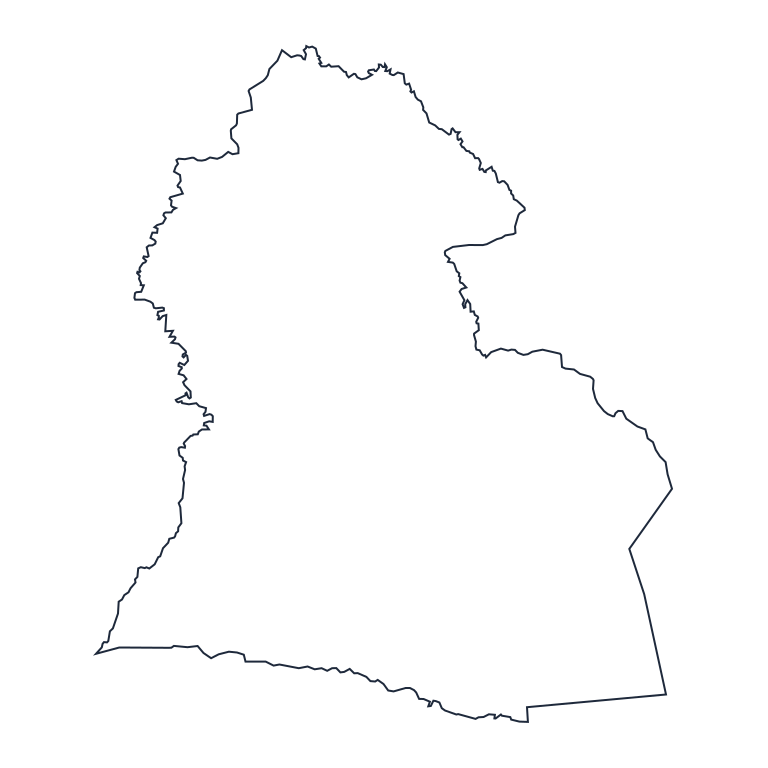 the district of Mwingi West, Eastern, Kenya
{"feature_id": "3690345B22198940380299", "entity_name": "Mwingi West", "entity_type": "district", "adm_level": 2, "iso_a3": "KEN", "parent_name": "Kenya", "parent_adm1": "Eastern", "projection": "albers", "projection_center": [37.946, -0.954], "detail": "fine", "context": "isolated", "style": "outline", "palette": "slate", "viewbox_px": 768, "rotation_deg": 0, "n_neighbors": 0, "source": "geoboundaries", "source_scale": "gbopen_adm2", "svg_char_len": 6053}
<svg xmlns="http://www.w3.org/2000/svg" viewBox="0 0 768 768"><path d="M176.4,160.1L178.0,163.8L175.7,166.8L174.0,171.6L180.0,175.0L180.7,181.0L177.5,185.6L178.1,187.1L180.0,187.5L182.8,193.6L170.3,197.2L169.5,198.7L171.6,200.6L171.0,205.3L172.0,206.7L176.0,208.1L173.0,209.8L171.4,212.4L165.4,212.5L164.0,213.4L163.4,215.3L165.8,218.2L162.8,223.3L157.1,225.1L154.5,227.2L157.6,228.6L157.1,232.8L152.4,232.6L150.5,237.9L154.5,240.1L155.7,241.6L155.3,243.6L152.3,245.4L148.9,245.5L146.7,247.3L148.6,256.1L147.4,257.0L143.8,256.4L143.2,258.0L146.2,260.8L145.4,262.2L142.8,263.3L139.8,267.6L139.4,270.0L140.4,271.3L139.5,272.4L137.5,271.8L137.1,273.1L139.8,276.0L139.0,278.8L141.0,283.1L140.7,285.1L143.8,285.3L141.2,291.8L136.4,292.2L135.0,293.2L134.4,297.9L135.2,299.7L144.7,299.6L150.4,301.7L152.8,303.5L153.9,307.7L155.8,308.3L162.3,307.6L163.9,308.2L163.9,310.5L158.1,311.8L157.4,315.1L158.8,315.8L158.8,317.6L158.1,319.3L159.5,319.5L162.7,316.1L166.3,315.0L165.3,331.3L172.9,330.8L169.5,336.8L174.5,336.6L175.5,337.4L175.0,339.2L171.4,342.7L178.5,343.8L185.8,351.2L186.0,352.6L182.8,354.5L182.5,356.4L183.6,357.4L186.0,354.9L187.2,355.8L188.0,360.8L184.3,365.0L179.7,362.8L178.6,364.2L178.5,366.0L181.7,367.2L181.8,368.5L179.6,370.8L178.6,373.9L183.6,375.3L186.5,379.0L183.1,382.2L184.5,385.2L190.5,391.4L190.8,397.5L189.5,398.4L188.2,397.3L186.5,392.7L185.5,393.4L185.5,395.3L175.8,399.9L176.7,401.5L178.2,402.3L181.6,401.2L182.1,403.1L188.9,404.3L196.3,403.2L199.2,406.2L206.0,408.1L205.5,411.8L203.6,414.2L204.1,415.9L209.6,414.1L211.4,414.7L212.8,416.2L212.7,421.9L209.2,421.3L204.2,423.0L203.8,425.4L206.5,425.7L208.9,429.4L201.9,429.5L198.8,431.6L197.8,434.3L193.3,434.5L192.6,435.6L190.6,435.9L184.2,442.5L183.7,443.6L185.1,446.1L184.9,447.7L181.2,447.1L179.3,447.6L178.4,449.1L179.5,455.5L182.7,457.8L183.0,460.5L186.1,462.1L184.6,466.3L185.1,470.0L183.0,479.0L184.0,482.8L182.5,498.3L178.7,503.1L180.3,507.3L181.4,523.2L178.3,527.4L178.1,531.3L175.9,533.2L175.1,536.3L174.1,537.6L169.3,538.8L168.2,542.7L163.0,548.2L160.2,556.3L158.2,557.2L154.7,564.3L149.3,568.5L146.4,567.3L144.8,568.1L140.8,567.2L138.2,568.4L137.4,576.9L135.0,579.4L135.5,582.5L130.5,588.3L128.5,592.3L124.3,595.1L122.0,599.5L118.7,601.7L118.0,613.5L112.9,628.4L109.9,631.3L108.3,641.0L107.0,642.4L104.0,642.1L102.6,643.8L101.8,647.4L96.0,653.8L119.3,647.5L168.9,647.8L171.4,647.7L173.9,645.9L187.5,647.2L197.6,646.0L203.5,653.0L211.1,658.2L218.7,654.3L228.9,651.7L237.0,652.5L243.8,654.7L245.5,661.6L265.7,661.6L273.6,665.6L279.4,664.5L298.8,668.2L307.6,666.5L314.7,669.3L321.6,668.2L327.2,670.8L332.1,668.2L336.3,668.1L340.4,672.4L344.2,671.9L349.7,668.9L354.2,673.3L357.7,673.1L366.4,676.9L370.4,681.1L375.2,681.5L377.7,679.9L383.5,684.0L388.2,690.5L393.6,691.4L405.6,688.0L409.9,688.0L414.0,690.1L416.2,692.5L419.1,698.9L423.6,699.0L429.9,701.7L428.3,706.3L430.8,706.0L433.4,700.7L435.8,701.1L439.4,702.5L441.8,708.2L445.0,710.5L456.3,714.5L458.2,714.1L475.6,718.9L478.5,717.3L483.6,717.0L488.9,714.3L494.9,714.8L494.4,718.4L495.6,718.5L500.9,714.5L501.9,715.7L510.3,717.1L511.2,719.6L519.4,721.6L527.9,721.9L527.0,707.2L666.0,694.5L644.2,594.2L629.3,548.9L672.0,488.8L667.6,474.3L665.6,462.1L659.9,456.4L655.7,449.8L653.0,442.2L647.7,438.4L645.4,429.4L637.4,426.5L626.3,418.7L622.5,411.1L618.2,410.9L615.5,413.2L614.2,416.2L612.8,416.3L607.8,414.1L604.0,411.1L597.6,403.2L595.2,398.0L593.0,388.9L593.6,380.3L592.9,378.9L590.2,376.7L580.0,373.9L574.0,369.5L565.5,368.6L562.0,367.0L561.1,355.1L560.0,353.7L542.6,349.7L532.3,351.7L527.8,354.2L523.4,354.9L517.8,352.8L515.0,349.9L511.4,349.6L508.1,350.6L500.9,348.6L491.2,352.1L486.1,357.4L485.1,354.9L483.4,355.6L482.1,354.5L479.7,350.3L476.4,349.6L475.5,346.2L475.9,341.6L474.0,335.0L474.1,333.6L478.8,330.2L478.4,323.6L476.6,323.3L476.2,321.8L478.2,317.8L477.7,316.5L474.8,314.9L473.8,311.4L470.6,311.7L470.2,304.0L467.5,300.1L465.2,304.2L465.4,307.3L464.0,307.9L462.6,304.2L464.4,300.2L459.6,291.7L461.6,289.0L466.3,287.5L462.4,283.2L460.4,282.7L459.6,280.6L460.4,277.1L458.8,276.1L459.3,273.3L456.7,271.3L454.2,263.9L452.8,262.6L448.0,261.9L449.6,258.8L445.2,255.1L444.8,252.3L445.4,250.9L452.9,246.9L469.0,245.0L482.7,245.1L486.8,244.2L497.0,239.1L501.6,237.9L505.3,235.4L513.3,234.1L515.5,232.9L515.0,226.7L518.4,215.2L519.6,213.3L524.8,210.1L524.5,207.7L516.8,200.6L513.8,199.2L513.2,195.5L511.1,193.5L511.1,190.7L509.4,189.9L507.6,184.9L504.2,181.3L502.2,181.1L499.5,182.7L497.9,182.1L495.8,173.5L494.4,170.9L492.8,170.7L491.6,166.8L485.9,170.4L485.7,172.1L484.3,171.9L482.5,168.9L479.7,169.8L479.2,168.4L480.8,163.0L479.0,159.0L478.1,158.1L475.1,158.2L473.1,154.0L469.8,152.6L469.3,151.3L466.4,150.9L463.5,147.2L462.3,147.2L460.5,144.2L462.5,141.4L460.8,138.6L458.5,140.0L457.6,139.3L457.4,134.8L459.5,132.2L455.5,132.2L452.6,128.4L451.6,129.1L450.6,133.9L449.0,134.6L441.8,129.2L438.9,128.9L435.2,125.4L429.2,122.5L426.5,113.4L423.1,109.9L423.3,107.3L421.0,101.3L417.8,99.6L415.6,97.0L413.9,91.3L411.5,92.5L410.4,91.4L411.1,89.7L409.1,83.6L406.3,84.6L404.8,83.3L403.6,74.1L397.8,72.5L393.8,75.1L392.4,75.0L389.7,73.6L390.5,69.4L387.3,71.2L385.3,71.0L386.8,67.2L385.0,64.3L384.5,67.1L382.8,67.0L380.8,64.7L378.8,64.5L379.0,67.5L376.2,71.1L374.9,71.0L373.9,69.5L368.8,70.3L368.1,71.6L368.8,73.1L372.0,74.8L366.0,78.3L361.5,79.3L357.3,77.3L355.4,74.1L353.9,73.8L348.7,77.4L346.8,75.1L346.0,72.0L344.0,71.7L338.6,66.2L331.2,66.7L328.9,64.5L326.3,66.3L321.3,66.3L319.4,63.5L321.3,62.9L318.7,58.8L320.0,57.6L318.9,56.1L317.6,56.0L315.8,48.6L312.2,46.6L309.0,47.5L306.3,46.1L306.0,48.2L303.7,50.1L306.0,54.2L304.9,59.4L303.4,59.1L301.2,56.0L299.3,55.5L297.1,55.3L291.2,57.2L282.0,50.2L277.4,60.7L269.4,69.0L267.8,75.2L265.8,78.2L263.2,80.9L249.5,89.4L248.6,91.0L250.8,97.5L252.0,109.8L238.4,113.5L237.2,114.7L236.9,123.5L236.1,125.3L231.1,129.3L230.8,130.7L231.4,138.4L237.2,144.3L238.5,147.8L238.4,153.2L232.5,154.2L228.2,151.9L222.1,156.9L217.2,158.8L210.0,157.5L205.5,159.9L201.8,160.6L197.6,160.3L193.7,157.8L192.0,157.7L184.9,159.2L178.6,158.7L176.4,160.1Z" fill="none" stroke="#1e293b" stroke-width="2"/></svg>